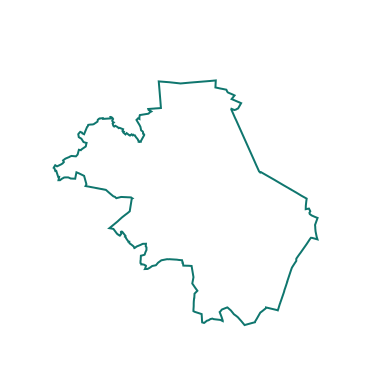 the district of Pāles pag., Limbaži, Latvia, rotated 29°
{"feature_id": "27541924B47846547362039", "entity_name": "Pāles pag.", "entity_type": "district", "adm_level": 2, "iso_a3": "LVA", "parent_name": "Latvia", "parent_adm1": "Limbaži", "projection": "albers", "projection_center": [24.703, 57.696], "detail": "fine", "context": "isolated", "style": "outline", "palette": "teal", "viewbox_px": 384, "rotation_deg": 29, "n_neighbors": 0, "source": "geoboundaries", "source_scale": "gbopen_adm2", "svg_char_len": 5678}
<svg xmlns="http://www.w3.org/2000/svg" viewBox="0 0 384 384"><g transform="rotate(29 192 192)"><path d="M96.0,238.4L111.1,233.4L115.7,231.9L120.7,233.0L125.3,233.9L127.0,233.6L128.4,234.0L128.8,234.1L132.4,230.7L141.3,226.3L142.9,226.5L143.0,226.5L142.6,227.2L146.9,239.1L145.8,241.9L144.8,244.1L143.1,248.1L141.9,251.6L141.2,253.8L138.2,261.4L137.3,263.7L139.6,262.9L141.2,262.4L146.5,264.8L146.8,264.8L147.0,264.9L147.2,265.0L147.4,265.0L147.6,265.1L148.0,265.0L148.3,265.0L149.1,265.2L149.7,265.2L150.0,265.2L150.3,264.8L150.3,264.7L150.1,263.9L150.3,263.4L150.4,263.1L150.3,262.9L150.3,262.7L150.2,262.5L150.2,262.4L150.0,262.2L149.5,261.8L149.2,261.5L149.2,261.4L149.2,261.2L149.3,261.1L149.5,260.8L149.7,260.7L149.8,260.7L150.2,260.6L150.3,260.6L155.2,262.7L155.1,263.6L155.3,263.6L155.6,263.5L155.9,263.8L156.5,264.1L156.6,264.3L158.5,265.3L159.0,265.5L160.1,266.0L160.5,266.4L160.8,266.2L161.3,265.9L161.6,266.4L162.0,267.0L162.4,267.2L163.8,267.3L164.9,267.5L165.8,267.6L167.5,268.0L168.8,269.0L168.9,268.9L170.1,266.4L172.5,263.4L173.1,262.6L173.4,262.1L174.2,261.1L174.6,260.9L176.8,259.6L177.9,262.0L178.2,262.1L178.9,262.4L179.1,262.6L179.4,263.2L180.1,264.5L180.3,264.9L180.4,266.6L180.6,268.0L180.9,269.5L180.9,269.9L179.2,271.6L178.2,272.5L179.1,274.4L180.1,276.4L180.3,277.1L181.3,279.0L181.6,279.3L182.5,279.3L182.8,279.9L184.3,279.1L185.3,278.8L187.4,278.8L187.5,279.0L187.7,279.3L187.9,280.5L188.2,281.7L188.2,282.2L190.5,280.8L190.6,280.6L191.5,279.2L191.8,278.7L193.1,276.0L195.3,274.1L195.9,273.6L196.0,273.4L196.6,270.3L198.3,266.6L202.7,262.9L203.7,262.4L205.1,261.6L209.3,259.6L211.6,258.5L212.4,258.2L213.0,258.0L216.4,256.5L217.5,257.8L217.7,258.1L217.8,258.2L217.9,258.4L218.2,258.2L220.1,260.6L225.1,258.0L227.5,256.9L228.7,258.4L234.6,265.8L236.6,271.9L241.2,274.2L244.6,275.8L243.5,279.7L245.4,283.6L245.3,283.8L246.7,287.0L247.5,288.6L248.7,290.8L249.1,291.6L250.4,294.4L251.0,295.5L252.4,295.5L259.6,294.1L261.6,297.2L262.7,299.0L264.1,301.1L265.8,300.7L266.0,300.7L266.4,300.0L266.5,299.7L267.3,297.7L267.4,297.4L268.4,296.4L268.6,296.2L268.8,295.9L269.6,294.4L269.8,294.1L270.3,293.7L271.1,292.9L272.6,292.7L278.4,290.3L278.8,290.1L281.5,290.0L281.4,289.8L280.5,288.9L278.7,287.2L274.4,283.6L274.8,282.4L274.8,282.0L275.1,280.4L275.5,279.8L275.7,279.6L277.9,276.9L278.4,276.4L278.7,275.9L278.9,275.8L279.1,275.8L280.8,276.2L283.6,276.8L285.2,277.5L285.3,277.5L287.9,278.6L290.5,278.9L292.8,279.3L296.2,280.5L297.4,280.9L302.5,282.9L303.6,281.8L308.4,277.1L310.2,275.4L310.1,275.2L310.0,274.2L310.1,272.0L310.2,264.4L311.1,262.4L313.1,257.5L312.8,257.3L312.7,257.1L313.4,256.9L324.1,253.9L324.4,253.9L324.2,252.6L323.1,247.4L323.0,246.5L322.7,245.2L322.7,244.9L321.1,235.8L320.7,233.8L320.6,233.6L320.5,233.4L320.0,230.5L319.6,228.3L318.8,224.2L318.7,224.2L318.2,221.5L316.7,213.5L316.1,210.1L316.1,209.8L316.1,208.8L316.4,204.2L316.6,202.0L316.6,201.8L316.5,201.6L316.4,201.3L315.7,200.1L315.6,199.9L315.6,199.4L315.9,196.4L316.2,193.8L316.2,193.6L316.3,193.4L317.5,182.2L317.9,177.1L317.9,176.7L318.2,174.4L319.3,173.9L324.7,172.6L322.8,170.8L319.2,166.6L317.5,164.1L316.6,162.6L315.6,161.2L314.4,153.8L312.3,154.1L308.0,154.5L305.7,154.2L304.8,153.3L304.8,151.5L302.3,149.8L299.8,151.9L298.2,148.8L296.5,144.8L295.5,142.2L289.5,142.2L284.5,142.0L268.8,141.7L261.1,141.5L258.2,141.4L242.5,141.2L242.0,141.7L242.0,141.8L241.1,141.5L240.7,141.5L240.2,141.1L235.9,137.9L235.7,137.8L235.6,137.7L230.2,133.6L195.8,107.8L193.4,106.1L186.3,100.7L186.2,100.1L189.2,99.8L190.5,98.6L191.1,97.5L191.8,96.6L191.9,90.5L181.6,91.5L182.2,88.0L182.4,86.9L180.6,87.0L178.4,87.2L176.8,87.4L175.6,87.5L174.9,87.5L174.5,87.3L173.8,86.9L172.8,86.1L172.4,85.9L167.9,87.3L167.4,87.5L161.8,89.2L158.7,82.9L153.9,86.2L137.8,96.9L129.4,102.6L118.7,107.1L112.8,109.8L109.3,111.4L114.0,118.4L120.0,127.4L124.1,133.6L122.7,134.6L119.1,136.9L118.3,137.5L117.3,138.1L113.5,140.6L114.3,141.3L115.8,141.4L116.6,141.2L117.4,141.3L117.0,141.9L116.8,142.1L116.2,143.7L116.0,144.5L115.6,144.9L109.2,149.9L109.1,150.0L109.3,150.9L109.5,151.4L109.8,152.2L110.1,152.8L110.6,153.6L109.1,153.7L108.5,155.9L111.9,157.9L113.2,158.6L115.3,160.0L117.6,162.7L118.0,162.8L119.2,162.9L119.5,163.0L119.9,163.2L120.1,163.3L120.4,163.7L120.7,164.4L121.0,164.8L121.8,164.7L122.3,164.9L122.4,165.2L122.6,165.5L122.6,166.7L122.6,170.0L122.6,172.4L122.9,172.8L121.7,173.8L121.2,173.9L121.2,173.3L120.6,173.1L120.4,173.3L119.9,173.0L119.3,172.4L118.0,171.8L116.6,171.3L114.6,170.2L114.3,170.5L112.8,170.4L112.6,171.2L111.2,170.9L110.6,172.4L110.2,172.3L109.9,172.8L106.3,172.2L105.9,173.9L103.1,173.3L103.2,172.3L101.6,172.3L101.3,170.5L97.5,171.0L96.9,171.7L95.5,171.3L92.8,171.3L92.2,172.5L91.0,172.2L89.4,170.6L89.9,169.1L88.8,169.1L87.7,168.4L87.6,166.4L86.3,165.7L84.6,165.7L84.3,165.9L85.3,167.0L78.7,171.2L78.2,170.6L76.1,172.2L75.8,172.2L75.1,173.1L75.1,173.5L74.8,174.0L74.6,174.4L75.2,176.3L73.1,180.4L72.2,181.2L70.7,182.1L69.7,182.8L68.7,183.6L69.0,185.3L68.7,186.0L69.6,193.8L67.7,193.9L67.0,193.4L65.1,193.6L64.8,194.8L64.5,196.4L64.5,196.6L66.4,198.9L68.1,199.0L69.4,199.0L72.9,200.9L75.0,200.5L76.0,200.2L76.4,201.7L77.0,203.7L76.0,205.7L75.2,207.3L74.5,208.9L74.5,209.0L74.5,209.3L73.6,209.6L72.6,209.9L73.8,214.7L73.2,217.1L69.1,218.9L68.2,220.0L67.5,221.2L66.9,221.9L65.1,224.2L63.9,226.9L65.4,227.9L65.0,229.7L64.2,231.2L61.6,234.9L61.5,235.0L59.4,234.9L59.3,236.5L59.3,237.2L59.3,237.9L60.1,237.9L62.3,239.9L63.0,239.3L66.4,242.5L67.7,243.7L68.5,243.2L69.5,246.4L70.9,245.6L71.6,243.8L73.1,241.4L73.2,241.2L76.6,239.3L76.8,239.2L79.4,239.0L83.4,237.0L82.4,234.0L81.4,230.8L84.0,230.5L89.8,230.2L95.9,236.4L96.0,238.4Z" fill="none" stroke="#0f766e" stroke-width="2"/></g></svg>